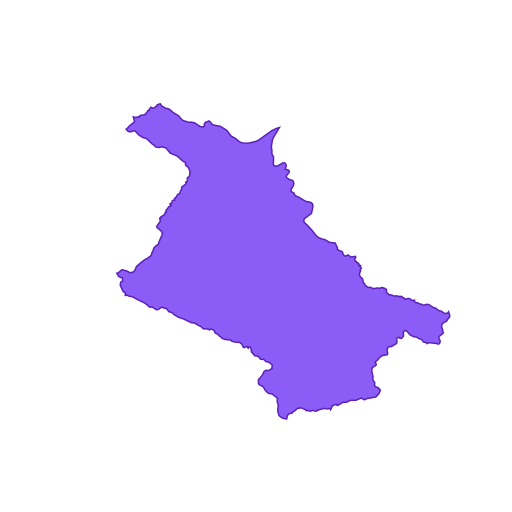 the district of Peñol, Antioquia, Colombia, rotated 327°
{"feature_id": "7082276B19280887364863", "entity_name": "Peñol", "entity_type": "district", "adm_level": 2, "iso_a3": "COL", "parent_name": "Colombia", "parent_adm1": "Antioquia", "projection": "orthographic", "projection_center": [-75.222, 6.241], "detail": "fine", "context": "isolated", "style": "filled", "palette": "violet", "viewbox_px": 512, "rotation_deg": 327, "n_neighbors": 0, "source": "geoboundaries", "source_scale": "gbopen_adm2", "svg_char_len": 6131}
<svg xmlns="http://www.w3.org/2000/svg" viewBox="0 0 512 512"><g transform="rotate(327 256 256)"><path d="M124.9,217.8L126.4,218.5L127.4,220.2L130.3,223.1L131.8,226.1L136.5,233.9L137.8,236.8L139.0,241.1L141.1,242.1L143.2,246.8L144.6,247.6L148.4,247.5L149.3,247.8L150.7,249.9L152.3,251.2L152.6,255.4L153.9,256.6L154.9,258.3L155.4,260.7L157.8,265.4L161.0,269.4L165.2,276.4L168.0,278.9L170.1,283.2L171.4,285.1L172.2,288.4L175.6,290.8L176.8,292.7L178.5,292.9L179.4,293.7L180.5,296.3L179.9,297.3L179.9,298.4L181.4,301.1L181.6,303.0L182.6,304.8L182.6,306.4L184.4,308.9L188.8,312.6L189.4,314.5L192.0,317.1L192.9,318.1L194.8,318.9L196.1,322.0L195.7,325.3L196.0,326.3L198.3,326.6L199.2,327.1L199.0,328.3L199.3,329.1L200.2,328.4L201.5,328.9L201.2,331.8L199.9,333.8L200.3,335.3L200.1,336.2L200.6,336.6L200.5,338.9L201.8,339.9L203.5,342.2L203.4,344.3L203.7,345.1L206.2,347.0L206.8,349.9L208.4,351.5L209.5,353.4L210.1,356.5L209.7,357.2L208.7,358.0L208.5,359.0L204.1,358.9L202.1,357.2L199.7,357.3L196.6,359.3L192.2,360.7L190.8,360.8L188.6,364.3L188.7,365.8L190.8,369.5L190.6,373.8L191.3,377.1L192.4,378.8L194.5,380.6L196.5,386.9L196.5,387.4L195.4,388.1L194.4,389.8L193.1,394.0L191.8,395.1L189.8,397.9L188.5,401.7L188.6,403.3L189.8,406.0L190.7,407.3L193.0,409.4L195.2,407.1L197.4,406.2L200.7,407.4L201.6,406.9L204.3,407.0L208.3,406.3L209.2,407.3L210.3,407.4L211.4,408.2L213.3,411.0L214.1,413.3L215.6,413.9L216.7,415.6L219.4,416.3L221.7,418.9L223.4,418.8L224.2,419.4L224.7,419.1L230.2,421.0L232.7,423.2L234.9,424.2L235.2,424.6L235.0,425.4L238.6,423.2L242.6,424.1L242.6,425.4L243.0,425.8L249.3,426.1L252.4,428.0L256.4,428.4L261.2,431.4L266.5,432.4L267.1,432.8L268.0,434.8L268.8,435.7L271.7,436.1L279.7,439.5L284.2,438.4L287.3,436.2L286.8,433.0L285.1,430.8L284.9,429.7L285.3,428.5L286.6,426.9L286.6,423.3L288.6,420.6L289.9,416.7L291.6,413.8L293.1,412.9L297.1,413.0L297.9,412.3L298.2,409.8L301.1,409.5L305.2,408.3L308.1,408.5L312.4,410.3L313.3,409.5L314.9,406.0L317.1,404.4L318.1,404.6L320.3,405.7L326.1,405.9L327.5,404.8L328.7,402.1L329.7,401.7L331.6,402.0L331.9,403.3L332.4,404.0L333.2,404.3L334.4,404.2L336.2,403.3L338.3,399.9L340.0,399.5L341.3,400.7L341.8,401.8L341.9,404.0L342.4,406.3L344.3,409.6L346.7,411.6L347.3,413.6L349.4,416.0L349.6,419.1L350.0,419.9L351.6,421.1L351.7,422.6L353.5,422.8L354.2,423.2L359.3,427.3L361.2,429.4L362.7,429.1L363.9,428.0L364.4,426.9L364.5,424.4L365.8,423.2L370.4,422.8L371.3,422.4L371.3,421.3L372.4,419.6L373.0,416.5L375.0,414.4L377.1,414.1L380.6,414.4L382.3,413.4L384.6,412.9L385.5,412.3L386.2,411.1L387.1,407.7L386.0,408.2L385.0,408.1L383.6,407.3L382.5,406.3L381.3,403.0L380.0,401.8L378.8,399.6L378.7,398.3L376.4,395.3L374.4,390.7L372.1,389.1L370.3,388.8L369.1,387.9L368.7,386.8L367.0,385.2L366.0,383.1L364.7,382.4L364.1,380.6L364.9,379.5L362.3,377.9L362.1,376.3L361.2,374.9L358.8,373.8L357.4,373.6L357.2,371.6L356.3,370.6L356.2,369.5L355.7,368.8L355.0,369.0L354.4,367.9L353.3,367.7L352.8,366.4L350.2,364.9L347.7,361.8L346.3,360.7L345.8,357.1L347.2,355.3L347.1,354.7L346.4,354.1L346.4,353.2L345.7,353.1L345.6,352.2L343.9,350.6L342.4,350.7L340.4,348.9L337.2,347.6L335.9,346.3L335.0,344.7L333.4,343.8L332.3,342.0L331.6,340.0L332.1,338.2L331.5,337.4L331.6,336.5L333.0,333.1L332.4,331.4L332.2,328.9L332.9,327.5L334.6,326.0L335.5,325.6L335.7,324.4L337.6,323.7L337.5,322.7L337.9,322.0L337.5,321.3L338.4,320.9L338.1,320.4L337.2,320.1L338.0,318.9L337.6,318.1L337.8,317.1L336.8,316.2L337.1,314.9L336.6,314.3L336.6,313.5L337.0,312.3L338.9,311.5L339.2,310.5L334.7,308.3L334.2,305.9L333.6,305.2L331.6,305.0L330.2,304.2L330.1,301.7L330.8,299.3L328.8,296.8L327.8,294.6L328.7,293.7L329.5,288.3L325.1,284.6L322.8,280.0L320.9,278.0L318.6,274.9L317.5,271.8L317.0,265.4L316.0,258.8L314.8,254.4L315.1,252.8L316.1,251.5L317.3,251.0L325.7,250.5L330.7,245.5L331.8,243.2L331.5,241.7L331.0,240.7L327.2,236.9L323.9,229.9L321.7,226.7L322.1,223.8L320.6,221.1L321.6,219.3L325.5,217.4L327.1,216.0L327.6,215.0L327.9,213.8L327.7,212.3L325.4,209.6L324.4,207.0L324.5,206.1L325.1,205.3L329.0,204.1L330.2,202.8L330.2,201.9L327.8,199.2L330.5,196.9L331.0,195.4L330.8,193.5L329.2,192.5L323.9,192.3L321.6,191.5L320.4,190.4L320.5,188.5L324.6,182.7L325.0,178.7L326.7,176.5L328.1,173.1L330.2,170.6L333.1,167.5L335.5,165.9L345.6,161.0L342.3,160.1L337.4,159.5L321.6,160.2L318.9,160.0L311.4,157.4L306.6,154.3L304.3,151.2L302.8,146.2L300.7,142.4L300.2,139.8L300.0,134.9L296.8,127.9L291.6,122.9L290.8,121.3L290.8,118.9L289.9,116.9L288.0,116.9L287.2,116.4L286.4,116.3L284.2,117.3L283.6,119.1L282.0,119.1L279.8,117.1L276.9,110.7L274.4,108.3L272.1,107.1L270.8,105.1L269.5,103.9L268.1,101.4L267.4,96.3L264.6,90.3L263.4,86.1L262.4,84.4L260.8,83.1L258.7,78.9L258.6,76.2L257.3,75.7L256.3,75.8L255.6,75.4L253.6,76.3L252.7,76.1L250.9,76.3L250.4,76.2L248.8,73.9L248.2,74.4L246.5,74.7L245.8,75.7L244.4,75.1L243.5,75.8L240.0,76.9L237.5,76.2L236.3,75.2L234.5,75.3L233.8,75.9L233.0,75.0L230.8,74.5L228.9,72.5L227.4,77.2L220.4,78.0L216.9,79.1L216.2,78.9L216.3,80.9L217.4,82.9L218.3,83.5L221.6,84.4L222.7,85.4L223.7,90.9L225.8,95.3L228.1,97.7L229.9,105.3L231.0,108.0L231.2,109.8L233.9,112.3L236.4,113.1L239.4,116.4L240.0,122.9L244.2,129.0L246.3,136.5L247.7,139.2L247.7,139.8L246.7,140.7L246.4,141.5L247.5,144.9L246.8,148.9L244.4,152.1L243.2,152.9L240.8,153.1L239.4,155.6L238.4,156.0L237.2,155.8L236.9,156.9L236.1,157.4L231.1,157.8L229.9,159.7L228.4,160.1L225.8,162.2L224.1,161.6L220.9,163.2L218.9,163.4L218.4,164.8L216.4,164.0L215.7,164.2L214.4,165.5L212.3,165.4L211.9,166.3L212.6,166.9L212.5,167.4L211.3,167.6L209.4,167.2L207.4,168.2L205.9,168.4L205.3,168.8L204.9,170.2L203.7,169.9L202.1,171.4L197.5,171.4L197.1,171.5L197.3,172.3L195.6,172.0L195.0,174.6L189.4,176.8L188.6,177.5L188.5,178.4L190.0,183.1L189.8,186.1L189.2,186.8L181.8,191.7L180.3,193.1L177.6,193.0L174.7,193.7L172.4,195.5L170.3,196.7L169.4,197.7L167.7,198.6L164.9,198.6L163.5,199.0L161.7,198.5L158.9,198.6L150.8,199.5L149.6,199.9L147.4,201.6L144.5,202.7L141.0,201.2L139.8,198.6L136.2,194.5L130.8,195.1L129.9,194.6L129.6,198.0L130.6,200.1L131.8,201.0L131.7,202.3L130.6,204.3L128.2,204.3L126.2,206.6L125.2,213.5L126.3,215.1L125.9,216.5L124.9,217.8Z" fill="#8b5cf6" stroke="#5b21b6" stroke-width="1.5"/></g></svg>